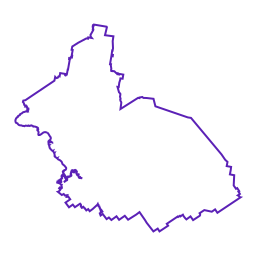 Launceston, Tasmania, Australia (Equal Earth projection)
{"feature_id": "25037944B58577428038391", "entity_name": "Launceston", "entity_type": "district", "adm_level": 2, "iso_a3": "AUS", "parent_name": "Australia", "parent_adm1": "Tasmania", "projection": "equal_earth", "projection_center": [147.112, -41.321], "detail": "fine", "context": "isolated", "style": "outline", "palette": "violet", "viewbox_px": 256, "rotation_deg": 0, "n_neighbors": 0, "source": "geoboundaries", "source_scale": "gbopen_adm2", "svg_char_len": 5594}
<svg xmlns="http://www.w3.org/2000/svg" viewBox="0 0 256 256"><path d="M221.5,154.4L191.0,117.9L187.8,117.4L155.4,106.3L153.5,98.8L146.6,98.0L143.4,97.9L142.3,97.0L139.5,97.5L139.4,98.1L138.0,97.9L120.5,109.0L121.3,102.7L121.2,102.1L120.5,100.9L120.2,99.7L120.3,99.2L120.6,98.9L120.0,96.7L120.2,95.7L120.4,94.0L119.4,92.6L119.0,92.3L117.5,86.9L118.7,87.1L119.3,82.6L120.2,79.8L120.4,78.4L122.6,78.7L123.3,74.6L119.3,73.9L119.2,74.5L117.4,74.2L117.6,73.2L116.1,73.0L114.4,71.3L112.2,70.9L112.2,71.1L111.3,71.0L111.1,70.0L111.3,68.5L110.8,65.4L111.0,64.2L110.3,64.1L110.3,64.4L110.0,64.3L111.4,56.1L112.7,56.3L112.9,54.9L111.6,54.7L112.2,50.5L112.6,50.6L113.0,48.3L112.7,41.1L113.4,36.3L105.0,35.2L106.9,27.2L106.6,26.7L94.6,24.7L94.0,24.6L93.8,25.4L92.9,25.3L92.7,26.7L93.2,26.8L92.8,29.4L93.3,29.5L93.2,30.2L90.5,34.9L90.7,36.6L91.8,38.0L88.2,37.4L88.0,38.7L86.4,38.4L78.3,42.7L72.3,46.5L71.6,49.8L72.7,50.0L71.7,55.5L72.2,55.6L71.9,57.5L70.7,57.3L70.4,58.4L69.2,58.1L69.1,59.1L69.8,59.2L68.0,69.6L67.7,69.6L66.8,74.6L66.3,74.7L66.0,75.0L65.8,75.4L65.6,75.5L65.2,75.3L65.0,74.9L64.9,74.3L65.1,73.9L60.2,73.1L59.6,76.4L59.1,76.2L58.5,76.4L58.1,77.0L57.9,77.6L56.7,78.1L55.9,77.7L55.2,76.9L54.4,80.7L31.0,96.4L25.4,100.2L23.3,100.6L22.9,102.0L23.8,103.1L24.1,103.8L24.1,104.4L24.3,104.6L24.4,105.1L25.0,105.4L25.7,105.5L25.3,106.5L26.8,106.4L27.1,107.2L26.8,107.4L26.8,107.6L27.6,108.2L28.4,108.5L28.4,109.3L28.2,109.3L27.9,109.9L27.7,109.9L27.9,110.2L27.8,110.5L27.6,110.6L27.9,111.0L27.7,111.4L27.8,111.6L27.2,111.7L26.3,111.2L24.3,112.0L23.3,112.1L21.6,113.5L20.2,114.1L20.0,114.4L19.8,115.2L18.2,115.9L17.9,116.9L17.0,117.3L16.7,117.9L16.1,118.3L15.4,120.2L15.5,121.7L15.9,122.7L17.5,123.4L17.6,123.7L18.2,124.4L19.1,125.1L20.3,125.4L21.0,125.3L23.0,126.0L23.8,125.9L24.4,126.2L25.7,125.6L27.5,125.9L28.3,125.5L28.8,125.9L29.2,126.0L29.9,125.7L30.1,125.8L30.7,125.5L31.1,125.6L31.4,125.4L32.9,126.0L33.3,126.6L34.7,126.5L36.6,127.1L37.4,127.5L38.0,128.0L38.3,128.8L38.4,128.7L38.2,129.2L38.3,129.1L38.2,129.4L37.8,129.6L37.4,129.5L37.4,130.4L37.9,130.7L38.4,131.5L38.6,132.3L38.3,134.2L38.6,135.0L39.8,135.0L41.2,134.2L43.1,132.7L44.0,132.3L45.1,132.1L47.3,132.6L47.5,132.4L47.4,132.7L48.2,133.5L50.1,136.6L50.7,137.3L50.8,138.5L50.3,139.6L49.4,140.4L49.6,140.5L49.3,140.4L48.6,141.1L48.4,141.6L48.5,142.7L48.9,142.2L49.2,142.1L50.4,142.2L50.6,141.9L51.0,141.6L51.3,141.7L51.6,142.2L52.6,142.7L53.1,142.5L52.7,142.7L52.9,142.8L52.6,142.7L51.6,142.2L50.9,141.7L50.4,142.3L49.0,142.3L48.5,142.9L48.9,144.8L49.1,145.1L49.3,145.1L49.1,145.3L49.5,147.2L50.0,148.3L50.5,149.0L50.9,149.1L50.7,149.1L51.7,150.3L52.7,151.0L52.9,150.9L52.8,151.1L53.6,151.9L54.2,153.2L54.4,153.1L54.3,153.3L54.6,154.7L54.6,156.1L54.8,156.2L54.7,156.4L54.8,156.6L57.1,158.3L57.3,158.2L57.2,158.4L58.2,159.4L59.9,160.2L61.1,161.2L61.6,161.7L62.6,164.2L64.4,165.6L66.1,167.7L66.2,168.2L66.1,169.0L65.6,169.8L64.2,170.4L64.1,170.6L64.0,170.4L63.6,170.7L63.1,171.1L62.8,171.7L63.1,172.8L64.5,174.7L65.9,177.0L66.4,177.5L66.8,177.6L67.3,177.2L67.6,176.6L69.4,176.4L70.9,175.7L71.2,175.3L70.6,174.2L71.2,171.8L71.7,170.5L72.1,170.2L72.6,170.2L72.8,171.3L73.1,171.8L73.5,172.1L73.9,172.1L74.3,172.0L74.5,171.6L74.6,170.1L75.1,169.9L76.1,170.4L76.9,171.7L76.5,173.3L77.3,174.8L78.2,174.2L78.5,174.3L78.7,174.6L78.4,175.6L78.9,176.8L79.0,177.5L79.6,177.7L79.8,177.3L80.2,177.1L80.7,177.8L81.4,178.0L81.3,178.5L81.1,178.9L81.2,178.0L80.6,177.9L80.2,177.2L79.9,177.4L79.7,178.0L79.3,177.9L78.9,177.5L78.2,175.7L78.5,174.5L78.3,174.5L77.7,175.0L77.2,175.0L76.3,173.4L76.7,171.6L75.8,170.5L75.2,170.1L74.8,170.2L74.8,171.3L74.6,171.9L74.3,172.3L73.6,172.3L72.7,171.8L72.5,170.6L72.2,170.4L71.9,170.8L71.5,171.8L71.5,172.2L71.4,172.3L71.0,173.9L71.0,174.4L71.4,175.1L71.3,175.7L70.7,176.2L69.0,176.9L67.8,177.0L67.4,177.9L66.7,178.2L67.2,179.2L67.1,180.1L66.5,180.5L66.1,180.5L64.5,181.8L63.9,182.0L65.8,180.4L66.0,180.2L66.1,179.4L65.1,177.8L63.8,175.0L63.1,174.3L62.4,174.8L61.7,175.6L61.8,175.9L62.1,175.7L62.5,176.4L61.6,176.9L62.0,177.9L61.8,178.0L61.9,178.5L60.7,179.1L60.8,179.6L60.7,179.5L59.2,180.2L61.2,181.5L61.1,182.0L57.4,181.6L57.2,182.6L60.0,183.5L60.7,184.4L61.7,184.7L61.5,185.3L61.4,186.2L61.9,187.1L61.8,188.1L60.9,188.7L60.2,188.1L60.4,187.9L59.8,187.5L59.1,188.3L59.6,188.8L59.8,188.6L60.5,189.2L60.1,190.0L59.0,191.2L58.6,191.6L57.9,191.8L61.8,195.0L63.7,194.0L64.9,195.5L66.3,195.3L66.2,195.4L66.8,196.0L66.6,196.1L66.5,196.9L67.5,196.8L68.1,196.4L70.2,199.3L65.5,202.6L69.0,207.3L72.8,204.6L74.9,207.2L80.1,203.7L80.6,204.2L80.9,204.7L81.1,205.3L80.8,206.3L81.7,207.7L82.3,207.3L82.4,207.5L83.4,206.8L84.6,208.4L84.8,208.6L85.0,208.5L86.3,210.4L88.2,209.1L89.7,211.2L92.7,209.0L97.4,204.7L97.8,204.0L97.9,204.3L98.5,204.9L98.4,206.0L98.8,206.5L99.4,206.5L99.7,207.7L99.9,207.9L99.8,208.3L100.1,208.6L100.1,209.0L100.4,209.5L100.6,210.4L101.3,209.9L102.4,211.6L99.8,213.3L100.6,215.5L102.7,214.0L106.6,219.1L108.9,217.5L111.4,220.0L116.5,216.3L119.1,219.8L124.8,215.8L128.1,219.7L136.2,214.6L139.5,212.1L145.1,220.2L146.6,222.7L153.4,231.4L157.7,228.6L159.5,231.4L168.1,225.7L166.8,223.8L177.7,216.5L178.1,217.0L179.9,215.8L180.4,216.4L182.9,214.7L183.7,216.3L185.3,218.3L186.4,219.4L190.5,216.4L193.1,220.1L199.7,215.8L200.1,215.1L200.1,213.9L199.6,213.2L204.3,210.1L211.8,211.7L215.1,209.4L217.4,212.8L240.6,197.3L239.7,197.1L239.4,196.8L239.3,196.4L239.0,196.3L238.8,195.9L237.8,195.4L239.9,193.9L238.4,191.6L239.2,191.1L237.2,188.1L236.0,188.8L233.7,185.5L234.2,175.2L229.9,174.4L230.7,170.2L231.1,166.9L226.7,166.1L227.5,161.9L225.2,159.8L221.5,154.4Z" fill="none" stroke="#5b21b6" stroke-width="2"/></svg>